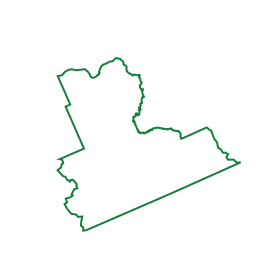 the district of Wasco, Oregon, United States of America, rotated 336°
{"feature_id": "52423323B81291349676813", "entity_name": "Wasco", "entity_type": "district", "adm_level": 2, "iso_a3": "USA", "parent_name": "United States of America", "parent_adm1": "Oregon", "projection": "orthographic", "projection_center": [-120.965, 45.263], "detail": "fine", "context": "isolated", "style": "outline", "palette": "green", "viewbox_px": 256, "rotation_deg": 336, "n_neighbors": 0, "source": "geoboundaries", "source_scale": "gbopen_adm2", "svg_char_len": 4709}
<svg xmlns="http://www.w3.org/2000/svg" viewBox="0 0 256 256"><g transform="rotate(336 128 128)"><path d="M45.3,203.6L48.7,204.4L127.7,205.2L149.3,205.3L216.9,205.2L213.3,203.8L211.8,200.0L206.4,197.6L206.0,194.8L208.8,192.6L206.9,190.1L204.7,189.3L204.2,185.4L202.2,182.7L203.5,177.5L202.4,173.0L202.9,164.3L201.3,162.2L200.2,159.5L199.2,159.5L195.0,159.5L192.2,159.5L186.1,159.6L183.3,159.6L178.8,159.6L174.4,159.6L172.5,159.6L172.2,159.3L172.3,159.1L172.3,158.6L172.5,158.4L172.6,158.2L172.5,157.9L172.6,157.5L172.4,157.2L172.5,156.7L172.7,156.3L173.0,156.0L173.2,155.7L173.4,155.6L173.5,155.4L173.6,155.1L173.7,154.7L173.6,154.0L173.6,153.7L173.6,153.4L173.4,153.1L173.2,152.9L173.1,152.5L173.0,151.8L173.0,151.5L172.9,151.3L172.6,151.2L172.2,151.0L171.8,150.6L171.3,150.7L170.7,150.4L170.2,150.0L169.9,149.5L169.5,149.2L169.1,149.0L168.7,149.0L168.3,148.8L168.3,148.4L168.2,148.1L167.9,147.8L167.7,147.4L167.5,147.1L167.3,146.9L167.5,146.7L167.5,146.3L167.2,145.9L166.7,145.8L166.2,145.7L165.8,145.7L165.3,145.5L164.9,145.7L164.6,145.4L164.0,145.4L163.9,145.3L163.5,145.2L163.3,145.0L163.0,144.8L162.8,144.8L162.7,144.9L162.5,144.7L162.3,144.3L161.7,144.0L161.3,143.9L160.8,143.4L160.5,143.3L160.3,143.4L160.0,143.2L159.7,143.0L159.3,142.8L159.1,142.7L158.9,142.3L158.6,141.8L158.2,141.6L157.8,141.4L157.6,141.2L157.3,141.0L157.2,141.1L157.0,140.9L156.8,140.6L156.6,140.4L156.4,140.3L156.1,140.1L155.6,140.1L155.2,139.8L154.9,139.6L154.7,139.5L154.1,139.5L153.4,139.2L153.0,139.3L152.7,139.0L152.3,138.9L152.2,139.1L151.9,139.0L151.7,138.8L151.1,138.7L150.4,138.7L150.2,139.1L149.8,139.3L149.4,139.5L149.0,139.6L148.8,139.6L148.7,139.2L148.8,139.1L148.6,138.8L148.2,139.0L147.9,139.3L147.4,139.1L147.4,138.8L147.2,138.7L147.1,139.0L146.7,139.3L146.5,139.2L146.3,139.4L146.2,139.6L145.9,139.5L145.8,139.3L145.6,139.2L145.4,139.2L145.1,139.2L144.8,138.9L144.5,139.1L144.5,139.4L144.7,139.5L144.7,139.8L144.3,139.9L143.9,139.8L143.4,139.6L143.0,139.5L142.5,139.2L142.0,139.2L141.5,139.5L141.2,139.3L140.9,139.4L140.8,139.6L140.6,139.6L140.4,139.3L140.1,138.8L140.0,138.5L139.7,138.6L139.3,138.3L139.2,138.0L138.5,137.7L138.1,137.5L137.6,137.4L137.5,137.6L137.3,137.2L136.8,137.0L136.4,136.9L136.5,136.5L136.5,136.1L136.3,136.1L135.9,135.9L135.9,135.6L136.2,135.5L136.0,135.1L136.0,134.8L136.3,134.5L136.4,134.1L136.0,133.9L135.9,133.7L136.0,133.4L136.2,133.2L136.2,132.9L136.0,132.7L135.8,132.2L136.0,131.7L136.1,131.2L136.1,130.6L136.0,129.9L136.0,128.5L135.9,128.0L136.4,127.5L136.2,126.8L135.9,126.5L135.9,125.8L136.3,125.4L136.6,125.1L136.5,124.3L135.8,124.3L135.6,124.4L135.2,124.0L135.4,123.8L136.0,123.4L136.6,122.1L137.2,120.3L138.2,120.0L138.8,120.5L139.9,120.3L140.2,119.5L140.5,118.5L140.9,118.0L141.7,118.0L141.9,118.1L142.2,118.3L142.1,118.7L142.0,119.1L142.0,119.7L142.6,120.4L143.6,120.4L144.4,119.2L145.1,117.9L145.5,117.4L145.5,116.5L144.9,116.0L144.5,115.9L145.7,115.6L146.2,116.1L147.0,116.3L147.2,116.1L147.1,115.1L146.3,114.3L146.3,113.8L147.2,113.4L148.0,113.4L148.7,112.7L148.7,112.2L148.9,111.0L150.0,110.9L151.1,110.8L151.2,110.0L151.2,109.4L151.5,108.5L152.6,107.0L153.2,106.1L153.8,105.6L154.3,106.0L154.7,106.3L155.1,106.2L155.4,105.7L155.2,105.0L155.0,104.2L155.2,103.3L155.3,102.5L155.4,101.6L155.8,100.6L155.8,100.1L155.7,99.6L156.5,99.4L157.1,99.4L157.4,98.7L156.8,98.3L155.8,97.6L155.4,96.2L155.9,95.1L156.0,94.1L156.8,93.4L157.7,93.3L158.3,92.8L159.0,92.1L158.8,91.0L158.6,90.1L158.7,89.5L159.1,88.4L159.3,87.3L158.8,86.7L158.7,86.0L159.1,85.4L159.8,85.0L160.2,84.7L159.9,84.0L159.5,83.9L159.1,83.9L158.4,83.7L158.1,83.6L157.4,83.2L156.8,82.8L156.4,82.3L155.4,81.7L154.4,81.9L154.1,82.0L153.4,81.9L153.0,80.9L152.6,79.6L151.9,79.3L151.3,78.9L151.1,77.9L150.8,77.5L150.3,76.7L150.0,75.9L150.1,75.4L150.4,75.0L150.4,74.5L150.4,73.9L150.7,73.0L151.2,72.3L151.7,71.3L151.6,70.7L151.2,69.8L150.7,69.3L150.1,68.9L149.7,68.2L149.9,67.5L150.4,66.8L150.6,65.8L150.4,65.0L150.3,64.8L149.9,64.2L149.4,63.2L149.3,62.9L149.2,62.0L145.7,59.3L144.6,59.3L141.6,60.6L140.9,60.7L138.0,59.9L134.8,60.3L131.0,60.0L128.5,60.8L124.2,65.1L124.5,66.0L123.9,66.4L123.2,67.0L122.7,67.5L121.8,67.1L121.0,67.8L118.3,68.1L116.3,68.0L114.8,66.2L115.0,64.0L114.3,60.4L112.5,56.7L108.1,55.4L103.7,53.9L100.7,51.6L97.6,50.7L93.3,51.0L89.7,52.8L87.0,52.6L84.9,52.0L84.8,83.1L79.7,83.1L79.4,128.9L53.0,128.7L54.9,130.0L54.6,133.8L52.7,134.2L50.7,136.9L46.5,137.9L48.5,143.9L49.3,145.9L50.9,147.1L51.3,150.4L53.1,153.4L54.2,152.2L56.6,152.9L58.3,158.4L57.2,160.0L57.3,162.3L53.8,162.1L49.4,165.8L50.1,167.2L47.1,167.8L42.4,167.2L42.1,171.1L39.1,171.7L39.5,176.8L41.3,183.4L45.5,186.0L46.1,188.8L50.2,190.3L47.7,193.8L45.3,198.1L46.7,200.7L45.3,203.6Z" fill="none" stroke="#15803d" stroke-width="2"/></g></svg>